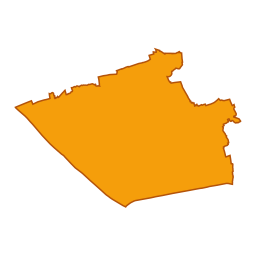 Tra Cu, Trà Vinh, Vietnam
{"feature_id": "81297802B8258305147124", "entity_name": "Tra Cu", "entity_type": "district", "adm_level": 2, "iso_a3": "VNM", "parent_name": "Vietnam", "parent_adm1": "Trà Vinh", "projection": "albers", "projection_center": [106.32, 9.701], "detail": "fine", "context": "isolated", "style": "filled", "palette": "amber", "viewbox_px": 256, "rotation_deg": 0, "n_neighbors": 0, "source": "geoboundaries", "source_scale": "gbopen_adm2", "svg_char_len": 5519}
<svg xmlns="http://www.w3.org/2000/svg" viewBox="0 0 256 256"><path d="M181.6,53.0L181.2,53.0L180.5,52.8L180.3,52.6L179.6,52.0L179.3,51.6L178.9,51.8L179.1,52.4L179.1,52.5L178.5,52.5L177.6,52.5L177.3,52.5L176.3,53.2L175.8,53.4L172.6,53.6L172.7,53.4L165.0,53.3L165.1,53.8L164.9,54.0L164.3,53.7L163.4,53.1L162.6,52.5L161.0,51.5L160.4,51.3L159.9,51.2L159.7,51.1L159.7,50.5L155.5,49.1L155.8,49.6L156.2,51.4L156.3,52.0L156.2,52.2L154.3,52.1L153.3,51.9L153.3,52.2L153.3,52.5L153.7,53.6L153.7,54.0L149.1,55.4L150.3,59.3L149.3,60.0L148.7,60.4L147.7,61.0L145.7,61.8L143.4,62.5L142.5,62.6L142.0,62.9L138.8,63.5L128.8,66.9L128.7,66.6L127.9,66.6L125.8,67.3L124.0,68.2L121.7,69.1L121.6,68.9L120.1,69.4L117.2,70.5L116.7,70.6L116.5,70.8L116.8,71.0L117.1,71.3L117.3,71.7L117.2,72.2L117.0,72.7L116.8,73.8L116.6,74.2L109.7,74.6L106.7,75.3L103.6,75.7L98.3,77.0L98.9,79.7L99.4,84.2L99.3,85.1L99.5,85.7L99.6,86.0L99.2,85.9L97.6,85.9L97.2,86.1L96.2,86.0L95.7,85.6L95.7,85.4L95.7,84.7L95.5,84.3L95.2,84.3L94.5,84.7L94.3,84.8L94.1,84.7L93.4,84.2L92.9,84.0L92.4,83.8L91.9,83.9L90.9,84.1L90.3,84.4L90.0,84.4L89.7,84.5L89.1,84.4L88.5,84.4L87.7,85.0L87.1,85.3L85.9,85.1L84.9,85.2L83.9,85.1L83.2,85.1L82.9,85.2L82.6,85.4L82.4,85.5L81.5,85.2L81.2,85.3L80.6,85.8L79.9,86.0L79.6,86.3L79.3,86.7L79.2,86.7L77.6,86.0L77.2,86.0L76.7,86.0L76.4,86.1L75.8,86.8L75.6,86.9L75.2,86.9L74.4,86.6L72.6,87.6L72.1,87.7L71.5,87.7L71.7,88.7L72.5,90.5L72.4,91.1L72.3,91.4L72.2,91.5L71.3,91.8L71.1,91.9L70.8,92.3L70.6,92.7L70.0,93.2L69.5,93.4L69.0,93.5L68.7,93.8L68.3,93.7L68.0,93.8L67.7,94.2L67.5,94.4L66.2,94.6L65.0,90.3L64.1,91.2L63.9,91.6L62.7,92.7L58.9,97.0L58.1,97.5L57.9,97.3L57.8,96.6L57.7,96.5L57.5,97.0L55.8,97.8L55.9,98.1L55.5,98.3L55.0,98.5L54.5,97.9L54.6,97.7L54.9,97.3L55.0,97.1L54.9,97.0L54.8,96.8L54.4,96.6L54.4,96.3L54.7,96.0L54.7,95.8L54.3,95.5L53.9,95.3L53.8,95.2L53.7,94.9L53.5,93.3L53.4,93.2L52.8,92.7L52.3,92.6L51.9,92.8L51.0,93.4L50.6,93.7L49.9,93.8L49.3,93.6L49.4,94.8L49.6,96.1L50.0,98.4L49.0,98.8L46.4,99.5L44.0,100.0L39.2,101.4L37.7,101.9L32.9,104.2L31.4,100.8L27.3,102.4L22.6,104.3L15.4,107.3L15.7,107.8L18.5,110.4L25.0,116.0L27.2,118.2L30.4,121.9L32.5,124.1L42.2,135.5L46.7,140.3L50.3,144.1L54.5,148.0L61.4,154.0L63.7,155.6L64.9,157.0L71.2,163.7L75.2,167.8L80.6,171.9L82.5,173.4L90.4,180.7L95.2,184.9L102.1,191.1L105.8,194.5L106.7,195.2L108.3,196.3L110.5,198.0L112.3,199.2L123.2,205.7L125.7,206.9L126.3,206.0L127.4,205.1L128.9,204.0L130.7,202.7L133.9,201.1L135.3,200.6L150.7,197.8L153.5,197.2L155.6,196.7L162.4,195.5L172.7,193.4L188.7,190.5L195.5,189.2L199.9,188.4L202.4,188.1L207.2,187.1L209.3,186.5L217.2,185.2L226.4,183.4L227.2,183.4L228.5,183.5L231.8,184.2L232.4,184.3L232.4,183.6L232.5,182.9L232.4,181.4L232.6,180.8L232.7,179.5L233.2,176.9L233.1,176.5L232.9,176.2L232.9,175.9L233.0,175.4L232.9,175.1L232.6,174.6L232.5,174.2L232.6,173.7L232.4,172.6L232.4,172.0L232.5,171.8L232.9,171.6L233.1,171.2L232.9,170.0L232.9,168.7L232.7,167.5L232.8,164.1L232.6,163.9L232.0,163.7L231.3,163.8L231.2,163.7L231.0,162.1L230.6,159.2L230.0,155.4L227.6,156.3L226.4,156.8L225.9,156.9L225.7,156.7L224.5,151.7L223.4,148.1L223.9,147.8L223.9,147.6L223.7,147.1L223.6,146.9L225.0,146.1L227.2,145.4L227.6,144.8L227.9,144.7L228.2,144.4L228.0,143.6L227.8,143.2L228.4,143.1L228.6,142.9L228.7,142.7L228.2,140.4L228.2,140.1L227.8,139.3L226.3,137.1L226.2,136.8L226.6,136.0L226.3,135.8L225.7,135.1L225.5,134.8L225.1,133.7L224.9,133.5L223.2,131.1L223.0,130.8L222.9,130.6L222.9,129.9L223.2,128.2L223.3,127.7L223.0,127.2L222.6,126.8L222.7,126.6L223.1,126.3L224.0,125.6L223.5,124.7L223.4,124.3L224.4,123.8L226.0,123.3L227.0,122.6L227.7,122.0L228.1,122.0L228.3,121.9L228.3,121.7L228.5,121.5L228.4,121.2L227.8,120.2L227.6,119.5L228.5,119.0L228.8,118.9L229.3,119.1L229.4,119.3L229.5,120.2L229.6,120.4L230.7,121.3L231.1,121.3L231.3,121.2L231.5,121.0L231.9,120.6L232.0,120.5L232.5,120.6L233.0,120.9L233.9,121.7L234.0,121.9L234.2,122.2L235.3,122.8L235.9,123.0L236.6,122.7L236.8,122.5L237.5,122.6L237.8,122.8L238.8,122.4L239.2,122.0L240.2,121.6L240.6,121.3L240.6,121.1L239.9,120.2L239.3,119.2L238.8,118.8L236.7,118.0L233.9,117.1L233.7,116.9L233.7,116.7L233.8,116.4L234.2,116.0L234.7,115.9L235.1,116.0L235.7,115.7L235.9,115.4L236.1,114.7L236.2,114.2L236.2,113.8L235.7,112.7L233.8,109.1L233.8,108.7L234.1,107.8L234.8,107.1L234.4,106.3L234.0,104.6L232.6,105.5L232.3,105.6L232.0,105.0L230.7,102.2L229.6,99.3L224.4,100.6L223.5,100.6L223.1,100.5L222.4,100.4L221.9,100.1L221.5,100.1L220.3,100.4L219.3,99.4L218.7,98.7L216.8,100.5L215.3,101.7L214.4,102.4L213.3,103.0L210.2,104.3L209.9,104.4L209.5,104.4L205.9,105.6L205.1,104.1L204.6,104.4L203.8,104.5L203.2,104.7L202.5,105.1L202.2,105.2L201.5,104.7L198.7,106.1L198.2,105.9L197.7,105.3L197.1,105.6L196.8,104.9L196.7,104.4L195.4,105.2L195.4,105.7L194.7,106.0L193.9,103.0L193.1,103.3L192.7,102.5L191.4,102.9L190.7,101.2L190.1,101.4L189.9,100.8L189.8,100.6L189.9,100.4L189.6,99.8L188.8,98.7L188.1,97.5L187.7,96.8L187.8,96.6L187.5,96.1L185.0,91.8L182.4,87.2L182.3,86.7L182.3,86.4L182.2,86.1L180.6,81.8L174.7,82.5L171.1,83.1L170.9,83.0L170.6,82.0L170.3,82.1L170.0,82.2L169.6,81.8L169.1,81.0L168.6,80.3L167.9,78.4L167.3,77.1L167.1,76.6L168.5,76.7L169.2,76.6L169.9,76.3L170.3,76.0L171.2,75.1L171.6,74.4L171.8,73.7L171.8,73.0L171.6,72.0L171.8,71.3L172.0,71.2L172.6,71.1L173.5,70.1L174.5,69.4L174.8,69.3L175.2,68.9L175.6,68.3L176.5,68.3L178.3,68.8L178.9,68.8L179.5,68.7L179.8,68.4L180.5,67.3L182.4,64.8L182.0,62.3L182.1,62.1L182.2,62.3L182.5,62.2L182.4,61.1L182.0,58.5L181.9,56.9L181.6,53.0Z" fill="#f59e0b" stroke="#b45309" stroke-width="1.5"/></svg>